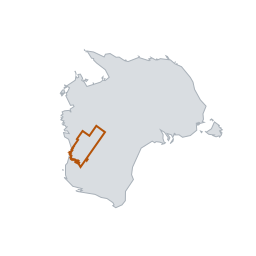 East Pilbara, Western Australia, Australia shown in context, rotated 305°
{"feature_id": "25037944B14743311013482", "entity_name": "East Pilbara", "entity_type": "district", "adm_level": 2, "iso_a3": "AUS", "parent_name": "Australia", "parent_adm1": "Western Australia", "projection": "natural_earth1", "projection_center": [120.361, -21.612], "detail": "fine", "context": "in_parent", "style": "outline", "palette": "amber", "viewbox_px": 256, "rotation_deg": 305, "n_neighbors": 0, "source": "geoboundaries", "source_scale": "gbopen_adm2", "svg_char_len": 5051}
<svg xmlns="http://www.w3.org/2000/svg" viewBox="0 0 256 256"><g transform="rotate(305 128 128)"><path d="M170.5,56.2L172.5,67.7L175.5,67.2L178.7,70.6L179.1,77.6L181.0,80.1L181.2,86.6L182.5,90.0L191.9,96.3L195.2,106.7L196.3,107.2L196.6,105.4L198.6,107.2L199.0,106.3L199.6,111.6L200.7,113.1L203.4,114.8L208.1,123.7L207.5,129.6L208.9,136.7L205.2,150.0L202.9,154.9L197.8,160.4L192.5,171.2L190.7,179.4L182.6,181.3L178.4,184.8L175.9,185.2L176.4,187.2L172.8,184.2L173.4,183.6L173.3,182.8L172.6,182.8L171.2,184.1L170.3,183.3L171.9,182.1L171.1,181.2L165.6,185.6L157.6,183.4L151.7,178.0L151.7,173.8L149.0,170.0L150.2,170.2L150.2,169.0L145.9,170.2L147.3,167.4L145.9,163.2L144.1,167.9L140.9,168.4L141.5,166.8L143.0,166.8L145.4,160.4L145.1,155.6L142.7,160.6L139.5,162.6L137.2,165.6L137.4,167.1L136.2,166.9L134.2,165.2L135.5,165.2L134.7,162.2L132.9,158.8L131.3,158.4L131.1,155.4L119.1,150.3L98.5,154.2L91.8,157.7L88.9,162.0L74.6,162.3L66.9,167.5L61.6,167.2L55.7,163.7L55.6,160.1L57.0,160.7L58.2,158.5L58.2,151.3L55.7,145.8L54.7,139.0L47.8,124.7L50.5,126.2L48.9,121.9L50.0,124.5L52.0,125.2L48.6,116.3L50.9,104.0L51.5,106.9L53.7,103.7L61.8,98.1L64.6,98.4L79.2,93.0L84.7,85.8L84.4,81.1L87.3,77.8L89.7,83.0L90.9,80.1L89.4,78.0L89.9,76.7L94.6,77.6L93.1,77.1L94.1,75.0L93.3,73.2L95.8,73.0L94.9,71.6L97.1,71.4L96.3,69.5L98.2,67.3L98.3,68.6L99.8,68.4L100.0,65.9L102.1,66.8L103.4,64.8L105.7,66.2L108.7,69.7L108.2,72.4L110.3,69.8L114.6,71.5L115.5,70.0L113.6,67.9L118.8,58.5L119.8,59.1L121.6,56.8L122.1,57.8L127.4,57.0L127.3,54.8L123.8,53.1L124.4,52.5L136.9,57.4L140.6,55.6L139.7,57.5L141.2,58.5L143.1,56.3L144.8,58.1L142.7,62.3L140.5,62.7L140.6,65.7L138.4,70.5L149.7,79.1L152.8,80.0L153.7,82.1L158.8,83.5L162.7,76.0L163.2,65.1L163.9,61.0L165.2,60.0L164.3,58.1L167.6,50.3L170.5,56.2ZM169.4,194.5L175.2,196.8L182.6,195.3L182.4,201.8L182.0,200.7L181.2,202.0L180.6,206.3L178.2,204.6L176.2,208.5L173.1,208.2L173.8,207.1L171.3,205.2L170.5,201.9L171.7,202.5L169.2,197.9L169.4,194.5ZM117.9,52.6L121.5,52.6L122.6,53.8L120.2,56.1L117.9,52.6ZM139.4,171.5L145.6,171.3L142.9,172.4L139.4,171.5ZM143.7,65.1L144.4,67.5L142.1,67.1L142.5,65.4L143.7,65.1ZM207.8,122.6L207.9,119.9L208.9,117.7L209.2,119.3L207.8,122.6ZM181.3,190.6L183.3,191.2L183.3,192.1L181.3,190.6ZM117.5,53.3L118.7,55.6L116.4,55.4L117.5,53.3ZM167.5,191.0L166.3,190.8L167.1,189.2L167.5,191.0ZM155.7,78.1L154.5,78.8L153.4,79.2L154.0,77.9L155.7,78.1ZM47.8,124.1L46.9,122.8L46.8,121.6L47.0,121.5L47.8,124.1ZM182.8,193.0L183.5,193.6L182.0,193.1L182.8,193.0ZM200.3,111.9L201.1,111.9L201.1,113.1L200.3,111.9ZM181.5,86.5L182.5,87.2L182.3,87.6L181.5,86.5ZM177.9,206.9L177.9,207.9L177.1,207.6L177.9,206.9ZM208.7,130.6L208.7,132.1L208.7,130.6ZM127.1,52.5L126.5,51.8L126.9,51.5L127.1,52.5ZM144.0,52.6L143.1,53.8L144.2,51.7L144.0,52.6ZM209.0,128.8L208.5,129.3L208.8,128.8L209.0,128.8ZM145.0,74.0L144.5,74.3L144.8,73.7L145.0,74.0ZM141.9,65.1L141.3,65.2L141.7,64.4L141.9,65.1ZM56.6,98.1L56.4,99.1L56.1,99.0L56.6,98.1ZM166.6,49.7L166.5,50.5L166.3,49.9L166.6,49.7ZM172.5,183.2L172.6,183.7L172.4,183.5L172.5,183.2ZM142.9,54.1L141.7,54.9L142.9,53.9L142.9,54.1ZM96.4,68.3L96.0,68.9L96.3,68.2L96.4,68.3ZM178.4,206.1L178.0,206.3L178.2,205.9L178.4,206.1ZM155.1,80.9L154.4,80.9L154.8,80.4L155.1,80.9ZM94.0,72.6L93.6,72.9L93.6,72.1L94.0,72.6ZM181.5,203.9L181.0,204.2L181.2,203.6L181.5,203.9ZM167.0,47.5L166.9,48.1L166.6,47.8L167.0,47.5ZM172.2,183.9L172.7,184.3L171.8,184.2L172.2,183.9ZM193.1,96.2L192.7,96.3L192.9,95.6L193.1,96.2ZM196.2,105.3L196.2,104.8L196.2,105.3ZM169.7,193.7L169.5,194.1L169.4,193.6L169.7,193.7Z" fill="#d9dde1" stroke="#a8b0b8" stroke-width="1"/><path d="M68.8,111.5L70.4,111.5L70.4,111.4L70.6,111.4L70.6,111.5L71.9,111.5L74.7,111.5L76.6,111.5L78.3,111.5L78.3,111.8L78.3,112.0L78.2,112.2L78.2,112.3L77.8,112.9L78.5,112.9L79.2,112.9L79.2,111.5L81.2,111.5L83.1,111.5L85.2,111.5L87.4,111.5L89.6,111.5L91.8,111.5L94.0,111.5L95.5,111.5L97.3,111.5L99.3,111.5L106.7,111.5L109.4,111.5L111.4,111.5L111.6,100.8L99.5,100.8L99.5,92.5L91.4,92.5L89.6,92.5L89.6,93.9L82.0,93.9L82.0,94.2L81.2,94.2L80.9,94.1L80.9,93.9L79.7,93.9L79.7,94.5L78.3,94.5L78.3,94.3L77.9,94.3L77.8,95.2L77.1,95.2L76.9,95.2L75.4,95.2L75.4,94.6L75.2,94.6L74.9,94.6L74.7,94.7L74.6,94.8L74.6,94.7L74.5,94.8L74.4,94.8L74.2,94.7L74.2,94.8L74.1,94.7L74.1,94.8L74.1,95.0L73.9,95.0L73.9,94.9L73.8,95.0L73.7,95.1L73.5,95.3L73.4,95.3L73.4,95.2L73.4,95.3L73.4,95.2L73.2,95.2L73.1,96.7L72.7,96.7L72.7,97.7L71.8,97.7L71.0,97.7L71.0,97.9L71.0,98.0L70.7,98.0L70.7,98.8L70.3,98.8L70.3,99.0L70.4,99.3L69.8,99.3L69.8,100.4L70.3,100.4L70.4,100.5L70.4,100.8L70.6,101.5L71.3,101.5L71.3,102.1L71.3,102.5L71.6,102.5L71.6,102.9L71.8,102.9L71.8,103.7L71.3,103.7L71.3,104.1L71.1,104.1L71.1,104.4L71.1,104.5L70.1,104.5L70.1,104.3L69.9,104.3L69.9,104.7L70.0,104.7L70.0,104.8L70.3,104.8L71.0,104.8L72.0,104.9L72.0,105.4L71.8,105.4L71.8,105.5L72.6,105.5L72.7,106.0L72.8,106.0L72.8,106.3L71.9,106.3L71.6,106.3L70.5,106.4L70.1,106.3L70.1,106.6L70.5,106.6L70.5,106.8L71.1,106.8L71.1,107.2L71.6,107.2L71.6,107.9L70.4,107.9L70.1,108.6L68.8,111.5Z" fill="none" stroke="#b45309" stroke-width="2"/></g></svg>